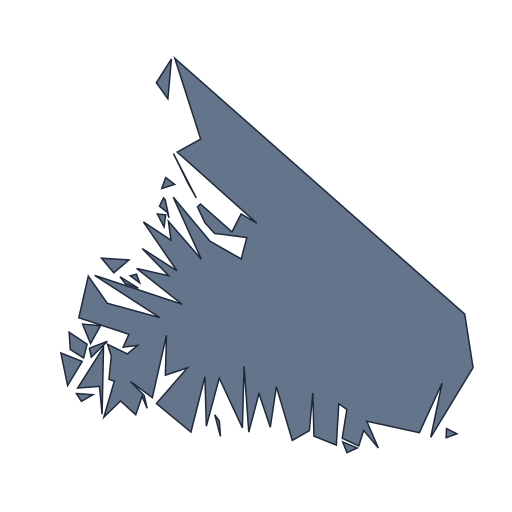 the state/province of Kommune Kujalleq, rotated 84°
{"feature_id": "GRL-2740", "entity_name": "Kommune Kujalleq", "entity_type": "state/province", "adm_level": 1, "iso_a3": "GRL", "parent_name": "Greenland", "parent_adm1": "", "projection": "orthographic", "projection_center": [-44.745, 61.276], "detail": "medium", "context": "isolated", "style": "filled", "palette": "slate", "viewbox_px": 512, "rotation_deg": 84, "n_neighbors": 0, "source": "natural_earth", "source_scale": "10m", "svg_char_len": 1950}
<svg xmlns="http://www.w3.org/2000/svg" viewBox="0 0 512 512"><g transform="rotate(84 256 256)"><path d="M389.7,51.8L454.6,101.2L401.9,84.2L448.8,112.0L431.9,163.1L459.8,154.4L440.7,167.1L455.7,173.7L446.3,189.3L418.1,181.7L411.6,189.1L452.5,195.9L441.2,217.2L398.2,213.8L435.3,221.2L443.2,239.2L388.1,249.4L427.8,259.7L393.1,267.4L430.4,281.6L364.4,279.4L425.5,287.5L373.6,305.3L420.1,323.2L370.7,319.4L424.3,339.1L392.3,370.5L360.0,335.9L365.1,358.6L325.4,353.3L386.0,373.9L367.7,393.9L383.0,381.8L396.1,380.2L383.6,383.9L401.3,392.2L386.0,405.9L400.4,424.2L365.7,410.0L363.3,415.1L340.4,410.4L328.3,412.9L339.9,394.2L332.5,383.1L332.8,397.6L320.6,390.6L298.9,438.7L258.5,424.9L287.5,408.8L307.2,358.2L258.4,418.5L296.3,334.6L255.9,376.0L266.5,344.9L236.7,368.4L262.5,336.2L210.3,364.4L231.4,338.9L212.3,339.5L253.6,310.7L188.8,332.2L236.5,300.2L257.4,271.0L236.7,263.2L229.2,294.9L217.6,303.3L201.0,309.1L198.5,305.8L229.5,277.4L212.6,266.4L223.4,251.8L144.4,323.5L133.9,298.8L50.9,316.1L335.6,54.5L389.7,51.8ZM397.4,425.6L369.3,425.3L368.7,447.2L330.8,417.2L397.4,425.6ZM342.7,439.9L365.1,456.9L332.0,460.2L342.7,439.9ZM51.2,319.5L90.5,327.2L73.2,337.0L51.2,319.5ZM176.6,316.0L145.4,327.4L192.1,309.3L176.6,316.0ZM246.6,382.8L257.9,399.2L242.0,409.9L246.6,382.8ZM325.8,429.7L305.6,435.6L309.1,418.0L325.8,429.7ZM339.4,438.1L329.6,450.5L312.3,449.8L326.1,433.2L339.4,438.1ZM176.3,329.4L179.0,342.7L168.5,337.6L176.3,329.4ZM376.9,432.6L382.3,444.8L374.0,449.0L376.9,432.6ZM447.5,84.6L453.8,74.8L456.6,85.9L447.5,84.6ZM330.3,431.3L325.3,412.7L339.4,430.4L330.3,431.3ZM416.4,309.7L431.7,310.2L409.6,313.6L416.4,309.7ZM457.5,175.4L461.1,186.1L450.0,189.2L457.5,175.4ZM203.9,349.7L205.7,341.5L217.4,344.4L203.9,349.7ZM208.9,338.5L203.3,339.7L196.4,346.8L188.5,341.9L190.6,340.4L208.9,338.5ZM262.4,393.5L275.7,376.4L270.0,388.8L262.4,393.5ZM270.5,374.5L262.6,383.1L261.6,376.8L270.5,374.5Z" fill="#64748b" stroke="#1e293b" stroke-width="1.5"/></g></svg>